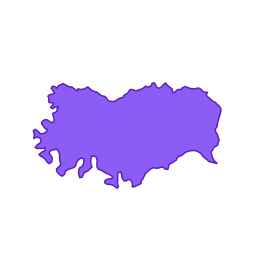 outline of São Domingos, Santa Catarina, Brazil, rotated 66°
{"feature_id": "56859067B49877438071993", "entity_name": "São Domingos", "entity_type": "district", "adm_level": 2, "iso_a3": "BRA", "parent_name": "Brazil", "parent_adm1": "Santa Catarina", "projection": "albers", "projection_center": [-52.555, -26.54], "detail": "fine", "context": "isolated", "style": "filled", "palette": "violet", "viewbox_px": 256, "rotation_deg": 66, "n_neighbors": 0, "source": "geoboundaries", "source_scale": "gbopen_adm2", "svg_char_len": 3604}
<svg xmlns="http://www.w3.org/2000/svg" viewBox="0 0 256 256"><g transform="rotate(66 128 128)"><path d="M149.0,35.6L147.0,35.4L144.7,35.9L142.8,36.9L139.9,37.9L138.5,39.3L135.9,40.7L133.4,41.7L131.3,42.8L129.6,43.0L127.8,41.0L126.5,43.1L124.9,44.9L122.4,45.5L120.7,46.7L119.6,48.7L119.7,50.8L118.6,52.4L117.4,54.9L115.5,56.7L113.5,58.7L113.4,62.0L114.2,64.3L113.1,67.1L114.0,69.8L114.2,72.4L112.3,72.4L110.2,71.8L107.7,73.2L105.2,74.6L102.2,75.3L102.6,77.9L104.0,80.5L104.4,83.0L103.1,84.9L101.2,85.4L99.1,85.2L97.5,85.7L96.9,87.6L99.0,90.1L98.6,93.3L96.9,95.0L97.5,96.8L97.9,100.0L97.5,103.2L97.3,105.8L94.8,108.1L93.7,110.6L95.2,112.8L96.3,114.8L96.3,117.8L98.1,120.4L97.5,122.8L97.6,125.8L98.3,128.7L97.7,130.9L96.6,133.0L95.2,135.0L93.1,135.3L91.0,135.6L89.3,136.8L88.0,138.8L85.8,140.3L82.9,141.5L81.7,143.1L79.9,144.9L78.3,146.1L76.3,147.0L74.2,148.0L74.3,150.2L74.4,152.7L73.6,155.5L71.9,157.8L73.6,159.3L67.7,162.6L66.6,164.9L64.7,166.3L62.7,168.0L61.1,169.1L61.0,171.1L61.0,173.2L61.4,175.2L62.7,176.6L60.6,177.9L59.1,179.8L60.5,182.0L63.4,181.4L66.3,181.0L66.3,183.6L65.7,186.1L66.4,188.2L68.6,188.1L70.4,189.3L72.7,189.7L74.4,186.5L76.3,186.9L76.8,188.8L77.9,190.4L79.8,188.8L79.2,185.9L80.1,183.3L82.2,185.4L83.9,186.0L84.1,188.0L84.0,190.9L87.1,191.5L89.8,191.8L91.8,193.0L92.3,195.3L90.5,196.7L89.0,197.8L87.4,198.8L86.5,201.2L87.6,204.5L89.3,205.2L91.3,204.5L93.9,204.3L95.4,203.4L96.7,202.1L98.4,204.6L98.7,207.7L97.6,210.5L95.0,211.4L93.3,212.1L91.5,213.3L92.0,215.6L95.0,216.0L97.0,216.8L99.1,218.2L99.3,215.3L100.3,213.6L101.9,212.2L104.3,212.5L106.0,214.5L106.4,217.7L108.0,220.6L109.7,219.6L110.6,217.0L111.8,214.8L112.1,211.8L114.8,212.9L114.9,216.3L116.0,220.0L118.0,219.4L119.6,218.0L121.9,216.7L124.6,216.0L126.6,215.6L128.6,214.2L128.0,211.7L125.8,209.9L123.6,209.3L121.2,209.8L118.3,210.1L117.1,207.2L117.7,204.2L118.7,201.5L121.3,201.0L124.3,201.2L127.7,202.8L130.1,203.7L132.0,203.9L133.8,204.0L134.8,205.8L135.6,207.9L136.3,209.9L138.6,210.7L141.5,210.0L143.8,209.0L145.3,207.4L144.5,204.9L142.5,203.3L141.5,200.9L141.7,196.8L142.1,194.0L141.6,191.7L139.3,189.6L137.8,188.1L137.0,186.3L136.4,183.5L137.9,180.9L141.2,182.1L143.4,183.8L144.5,186.2L144.8,188.5L146.6,190.2L148.8,191.4L150.9,191.9L153.7,192.3L154.3,190.0L153.0,188.4L151.1,186.6L151.0,184.5L150.8,181.7L149.8,179.0L148.8,176.7L146.0,176.6L142.9,175.5L139.2,173.1L139.7,170.6L141.4,169.0L144.0,169.1L146.4,170.0L148.8,171.3L151.2,172.2L153.8,171.8L155.8,169.5L158.5,167.8L160.6,166.3L162.6,164.3L165.2,162.4L167.2,162.0L167.5,164.0L166.6,166.1L166.3,168.0L166.9,170.6L168.5,171.6L170.6,170.3L172.3,167.4L174.0,165.1L176.3,163.7L178.7,162.3L177.5,160.5L175.7,160.5L173.6,159.9L171.5,158.7L169.5,157.7L166.3,156.5L164.8,155.0L164.8,152.6L167.6,152.7L170.0,153.5L172.2,153.7L174.8,153.1L175.5,151.2L175.2,148.0L177.7,146.4L180.9,146.7L183.4,148.0L184.4,146.2L184.1,142.7L184.3,140.5L183.5,138.2L181.5,137.4L180.9,135.4L179.0,133.4L177.1,131.1L176.0,128.7L175.4,126.6L174.6,123.7L174.6,120.8L176.3,118.6L177.1,115.9L177.2,113.7L178.1,111.9L180.7,110.8L182.0,108.4L180.0,106.8L177.9,105.1L177.9,102.7L177.4,99.8L177.0,96.9L175.6,95.4L174.5,93.6L175.0,91.0L174.5,88.2L173.5,85.2L173.9,82.3L174.1,80.3L174.8,78.4L175.8,76.2L177.4,74.1L179.7,72.5L182.3,71.4L184.6,71.1L186.9,69.9L189.5,68.5L191.4,67.9L192.5,66.3L193.7,64.9L194.8,63.4L196.9,60.9L192.7,62.6L189.6,62.8L186.3,62.5L183.9,61.8L182.5,59.8L180.8,57.6L180.0,52.8L178.2,51.7L175.8,49.5L172.9,49.5L170.7,49.0L167.8,49.5L164.6,48.8L162.9,46.1L160.1,44.4L155.0,40.2L152.5,37.9L150.5,36.4L149.0,35.6Z" fill="#8b5cf6" stroke="#5b21b6" stroke-width="1.5"/></g></svg>